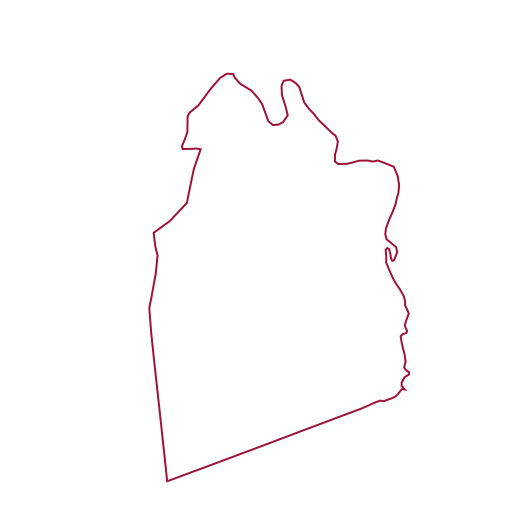 Al-Mada'in, Diyala, Iraq (Mercator projection), rotated 160°
{"feature_id": "34846034B77650308075556", "entity_name": "Al-Mada'in", "entity_type": "district", "adm_level": 2, "iso_a3": "IRQ", "parent_name": "Iraq", "parent_adm1": "Diyala", "projection": "mercator", "projection_center": [44.639, 33.217], "detail": "fine", "context": "isolated", "style": "outline", "palette": "rose", "viewbox_px": 512, "rotation_deg": 160, "n_neighbors": 0, "source": "geoboundaries", "source_scale": "gbopen_adm2", "svg_char_len": 2101}
<svg xmlns="http://www.w3.org/2000/svg" viewBox="0 0 512 512"><g transform="rotate(160 256 256)"><path d="M170.1,411.2L173.8,407.2L176.6,398.3L176.8,393.6L177.1,386.5L178.1,377.3L185.1,372.4L187.1,372.2L190.1,371.8L195.4,373.3L197.8,377.6L198.3,378.4L198.3,396.5L200.0,403.4L203.6,412.9L207.6,417.8L211.8,423.0L214.9,430.4L215.2,434.8L217.1,435.6L221.0,437.3L224.2,436.6L228.7,435.6L234.9,432.2L241.2,428.7L251.6,421.9L258.7,417.2L266.6,414.4L269.2,413.5L272.6,410.5L275.0,404.1L276.2,401.0L278.0,396.1L282.5,390.5L283.6,389.3L288.3,384.2L288.3,381.6L283.6,380.0L279.8,378.7L275.1,377.3L273.4,376.3L271.5,375.2L274.6,371.4L277.7,367.6L284.5,359.2L290.7,349.3L297.3,338.6L302.8,329.5L315.6,323.1L325.3,318.2L332.2,316.3L344.0,312.9L344.3,312.7L347.4,299.0L348.3,290.2L356.2,273.8L368.7,252.4L374.1,243.6L380.6,220.2L387.2,193.9L394.5,164.1L398.6,147.2L406.5,115.2L410.1,100.5L416.5,74.7L388.8,74.9L379.5,74.9L357.7,75.1L337.5,75.3L321.2,75.4L295.1,75.7L284.7,75.8L273.4,76.0L261.7,76.1L249.0,76.2L233.2,76.4L219.1,76.5L209.7,76.6L200.6,77.1L195.2,77.6L188.6,77.6L185.8,75.9L184.9,75.9L177.6,75.9L174.0,76.1L170.7,77.2L164.5,81.0L161.8,79.6L163.6,84.1L162.3,87.4L157.9,91.3L152.9,92.3L152.0,94.3L154.1,97.5L154.9,100.6L151.5,105.7L149.9,113.4L149.5,118.9L148.6,125.6L147.5,131.1L145.1,132.4L141.0,132.2L139.7,133.8L140.1,139.7L137.6,143.2L132.1,149.7L132.3,154.2L132.8,158.7L131.3,162.5L130.9,167.7L132.1,175.3L134.4,184.2L135.2,191.5L135.6,198.2L135.9,205.4L133.6,211.4L132.1,217.4L130.1,218.6L128.6,217.1L128.9,212.6L129.9,207.8L129.6,204.9L127.7,204.8L126.8,205.8L124.8,208.1L122.0,211.3L121.3,216.4L127.6,227.1L127.0,232.4L124.4,237.5L122.6,239.7L117.8,245.3L112.4,250.8L107.1,257.0L103.9,262.2L100.8,266.2L97.2,273.8L95.5,282.8L96.0,292.8L103.7,299.7L108.9,304.1L113.8,304.7L118.3,307.5L126.5,310.3L132.2,310.7L138.9,311.5L147.3,314.3L149.5,317.9L147.0,324.5L144.4,327.9L142.6,330.9L139.9,335.5L140.1,341.7L142.9,346.3L146.8,354.5L150.5,361.9L153.3,370.5L155.8,375.7L158.2,384.1L157.8,392.8L157.5,400.0L159.7,405.2L163.4,410.0L170.1,411.2Z" fill="none" stroke="#9f1239" stroke-width="2"/></g></svg>